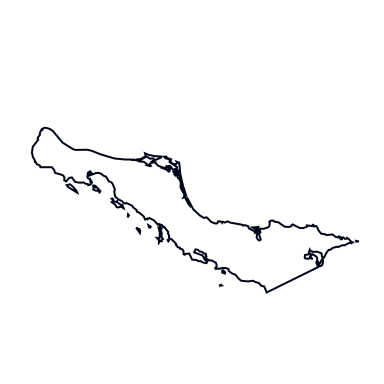 SVG path tracing the border of Baja California Sur, rotated 153°
{"feature_id": "MEX-2707", "entity_name": "Baja California Sur", "entity_type": "State", "adm_level": 1, "iso_a3": "MEX", "parent_name": "Mexico", "parent_adm1": "", "projection": "albers", "projection_center": [-111.883, 25.437], "detail": "fine", "context": "isolated", "style": "outline", "palette": "ink", "viewbox_px": 384, "rotation_deg": 153, "n_neighbors": 0, "source": "natural_earth", "source_scale": "10m", "svg_char_len": 6060}
<svg xmlns="http://www.w3.org/2000/svg" viewBox="0 0 384 384"><g transform="rotate(153 192 192)"><path d="M113.8,67.8L171.1,68.6L170.5,75.0L172.8,76.9L173.9,80.9L176.0,82.5L177.9,85.2L182.7,86.9L188.3,90.5L189.6,93.0L190.8,98.5L193.2,101.2L195.1,104.9L194.4,106.8L196.4,108.9L199.7,110.6L203.1,111.3L203.8,112.3L205.7,112.5L205.9,113.6L204.8,113.7L203.4,115.3L202.8,118.0L205.6,122.2L207.2,122.9L209.1,125.3L209.5,127.5L208.8,128.8L208.3,128.5L207.8,130.8L209.4,131.9L210.3,134.2L212.3,135.7L212.9,137.7L215.0,139.3L217.5,137.2L211.5,130.8L211.2,125.7L209.9,123.1L211.4,122.0L214.5,124.5L215.6,126.4L217.9,127.6L218.8,129.3L222.6,131.7L222.4,138.4L225.9,139.8L226.9,139.4L227.7,140.3L226.6,142.8L226.5,145.1L228.5,147.1L228.1,147.9L229.8,149.4L230.3,152.0L229.8,151.9L229.7,153.2L231.7,159.3L233.0,160.6L233.1,162.3L232.0,164.0L232.3,166.0L231.3,167.1L232.6,173.3L234.3,174.5L233.3,174.1L233.7,176.1L236.4,178.8L237.3,178.7L238.8,184.0L241.7,188.1L244.1,188.0L244.0,188.7L246.3,188.8L246.1,192.1L248.1,197.1L250.1,199.6L249.5,201.0L251.4,204.9L251.5,206.8L255.5,212.1L256.5,211.9L257.9,213.1L258.4,215.4L261.2,219.3L262.5,223.0L261.1,227.7L259.6,229.1L259.0,235.2L259.4,237.1L261.3,239.5L261.6,244.6L263.5,246.8L264.8,249.7L266.9,251.7L269.1,252.5L277.4,253.4L275.5,254.7L272.7,253.5L273.4,256.7L275.8,256.5L278.2,253.3L278.4,251.4L277.4,250.0L277.5,249.0L276.9,249.5L276.7,246.6L277.5,246.4L277.0,246.0L278.5,244.8L281.4,245.2L281.2,246.3L283.2,247.8L284.1,249.6L287.9,251.3L291.5,254.0L292.4,259.5L294.9,260.3L299.4,258.6L300.5,260.5L299.3,262.3L299.1,264.6L299.7,265.9L305.4,271.3L304.8,273.7L305.6,277.7L315.8,282.9L315.4,284.3L317.7,287.5L317.7,289.9L318.3,290.1L317.7,291.6L317.9,295.3L316.7,299.9L313.3,304.6L305.3,308.4L305.4,309.6L304.5,310.5L301.4,312.1L301.2,313.1L299.3,314.9L297.0,315.4L297.3,316.1L294.7,316.3L292.6,315.2L289.9,312.5L288.2,309.3L284.9,294.7L278.5,284.1L276.4,282.2L266.5,277.4L263.3,274.9L255.8,266.5L245.9,257.1L237.5,251.7L227.9,246.6L231.7,248.2L227.2,245.7L224.5,242.7L221.3,240.9L218.7,235.6L219.5,235.8L217.6,233.9L216.8,233.9L217.3,235.3L216.7,236.4L212.1,235.8L213.9,237.3L211.7,237.8L211.6,234.7L210.1,230.6L206.0,226.3L207.3,226.6L204.8,223.8L203.1,219.9L204.0,223.7L204.9,224.6L204.0,225.3L204.9,226.3L203.7,225.6L202.9,226.5L202.3,225.7L201.6,223.3L202.2,222.6L201.9,221.6L201.1,222.7L201.6,225.8L200.0,225.4L199.3,224.2L199.2,221.3L198.0,220.0L199.5,218.6L198.9,216.7L199.8,215.8L199.2,213.9L198.6,213.7L197.4,216.5L198.0,218.3L197.1,220.0L196.4,219.0L196.7,217.2L196.2,216.1L197.2,215.3L198.0,212.0L198.1,210.3L197.2,209.7L197.7,205.5L200.1,201.3L200.2,195.8L199.7,194.9L200.4,192.5L199.8,192.4L202.1,190.9L199.8,190.6L200.7,189.9L200.7,183.6L199.9,178.9L198.9,189.4L198.7,175.9L195.7,167.6L193.1,163.4L190.8,163.0L190.1,162.0L188.6,156.8L186.0,153.7L183.8,152.6L181.9,154.0L179.3,152.2L179.2,150.8L177.9,151.4L176.7,149.9L173.6,149.7L171.9,147.4L162.2,140.1L161.8,138.9L160.1,138.6L157.6,136.2L157.8,133.7L154.1,128.5L154.2,127.3L155.2,126.7L153.2,126.9L152.9,128.1L151.8,128.3L152.0,129.1L151.0,129.1L150.0,127.0L152.5,125.7L155.0,122.2L154.9,119.7L154.1,118.2L152.6,118.3L152.1,119.4L151.5,123.8L149.2,125.2L148.6,128.7L144.6,126.6L140.0,126.0L138.5,126.6L136.8,129.0L136.8,130.1L135.4,130.8L132.7,129.8L131.5,127.6L129.0,126.1L125.1,118.9L121.1,116.7L119.0,116.4L118.4,117.2L117.0,117.4L112.4,111.1L109.5,109.4L105.6,108.9L104.9,109.0L104.7,110.0L100.4,107.1L99.2,107.9L98.7,107.4L98.9,105.8L96.9,105.4L96.5,104.4L96.7,100.2L95.8,96.2L92.6,94.0L92.0,92.7L86.1,90.4L84.2,86.5L82.1,85.0L81.5,85.8L80.2,84.4L81.3,84.6L80.8,82.2L79.8,81.9L79.2,83.4L77.8,82.8L77.0,80.8L75.4,80.2L74.9,80.8L73.5,78.6L72.8,75.6L71.5,74.1L73.3,73.9L74.5,75.2L80.7,75.3L81.9,76.3L86.9,76.6L87.5,77.4L92.0,78.3L95.1,77.7L96.5,78.4L99.3,77.2L104.0,73.7L104.9,73.8L105.5,75.7L104.5,78.3L104.8,79.0L107.5,81.9L111.3,83.7L113.3,86.1L113.3,87.1L115.7,84.6L115.9,83.9L114.4,83.3L114.6,82.8L119.8,84.6L121.3,82.6L121.3,81.5L118.6,79.6L116.8,79.9L115.0,77.3L116.0,80.8L112.8,81.8L110.5,78.0L110.5,76.1L112.3,73.1L111.5,72.7L112.2,72.0L111.2,71.1L111.4,70.4L110.8,70.1L106.5,73.1L106.1,72.4L106.8,70.4L109.2,67.7L111.7,67.7L113.4,71.3L113.8,67.8ZM197.4,231.6L200.3,234.0L200.8,236.1L198.9,235.2L198.4,233.3L195.7,230.6L197.4,229.3L196.6,226.3L195.1,224.8L193.0,224.1L192.0,224.7L192.0,226.0L190.1,223.9L194.4,213.0L197.2,201.5L198.0,201.0L198.2,203.2L195.6,211.7L196.4,215.1L195.2,215.7L194.8,218.0L195.7,220.0L194.5,220.3L194.1,221.2L198.4,228.9L197.3,230.4L197.4,231.6ZM214.3,240.7L215.6,243.1L217.0,244.2L216.3,247.8L214.1,245.1L209.1,241.0L203.1,237.4L203.9,236.7L209.4,237.1L210.6,237.5L211.4,239.7L214.3,240.7ZM259.9,212.2L260.3,208.6L261.8,211.1L265.2,211.9L266.0,212.8L266.2,215.7L268.2,219.4L265.8,220.2L266.1,219.0L264.0,217.6L263.0,217.8L263.3,217.1L261.5,213.1L259.9,212.2ZM243.4,163.9L244.1,167.0L242.1,165.5L239.2,170.1L238.1,174.9L236.9,173.0L237.8,168.8L239.6,165.9L239.3,163.2L241.2,162.8L241.4,162.0L242.5,162.7L244.5,161.8L243.4,163.9ZM294.6,243.5L300.2,252.8L300.5,255.0L297.3,254.3L296.1,252.0L294.4,245.9L294.6,243.5ZM277.2,236.9L278.9,239.1L277.8,240.3L277.2,242.5L276.3,242.4L276.2,241.1L275.2,241.1L275.0,240.3L275.7,239.8L274.6,239.0L274.0,237.2L274.9,236.2L273.6,235.6L273.2,234.4L274.5,233.5L275.5,236.1L277.2,236.9ZM257.4,184.9L255.6,182.5L255.7,181.0L257.0,179.1L257.9,184.7L257.4,184.9ZM149.7,130.0L152.7,130.3L154.3,133.0L148.8,130.8L149.7,130.0ZM199.8,108.1L198.9,105.5L199.7,104.4L201.6,106.5L200.7,108.3L199.8,108.1ZM222.8,244.0L225.1,244.7L227.1,246.3L222.8,244.7L217.8,244.9L218.5,244.1L222.8,244.0ZM197.4,199.5L199.2,190.3L198.9,197.3L198.1,200.2L197.4,199.5ZM244.5,179.8L245.5,179.2L246.3,180.1L245.9,182.2L244.5,179.8ZM258.9,199.7L260.8,198.7L259.1,201.1L258.9,199.7ZM208.2,96.2L207.8,95.2L209.7,95.8L209.6,96.2L208.2,96.2ZM65.7,72.2L68.2,73.2L68.0,74.0L65.7,72.2ZM234.5,159.3L235.5,158.8L235.5,160.3L234.5,160.4L234.5,159.3ZM265.6,221.7L266.3,221.1L266.6,222.5L265.8,222.3L265.6,221.7ZM235.8,174.4L236.3,175.1L236.4,176.7L235.8,176.0L235.8,174.4Z" fill="none" stroke="#020617" stroke-width="2"/></g></svg>